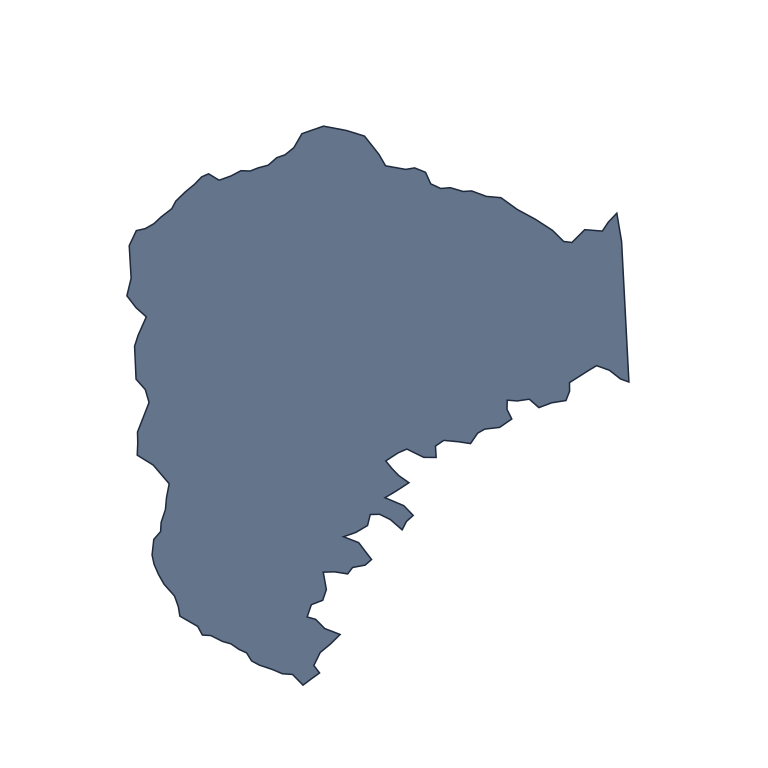 Mariópolis, Paraná, Brazil, rotated 163°
{"feature_id": "56859067B64203059437123", "entity_name": "Mariópolis", "entity_type": "district", "adm_level": 2, "iso_a3": "BRA", "parent_name": "Brazil", "parent_adm1": "Paraná", "projection": "albers", "projection_center": [-52.576, -26.325], "detail": "fine", "context": "isolated", "style": "filled", "palette": "slate", "viewbox_px": 768, "rotation_deg": 163, "n_neighbors": 0, "source": "geoboundaries", "source_scale": "gbopen_adm2", "svg_char_len": 1947}
<svg xmlns="http://www.w3.org/2000/svg" viewBox="0 0 768 768"><g transform="rotate(163 384 384)"><path d="M549.5,119.7L539.6,123.3L530.1,126.5L533.4,135.3L523.5,145.9L511.4,150.9L499.2,157.3L512.2,167.5L518.2,179.0L525.6,183.7L518.0,194.2L505.8,195.1L499.2,204.3L497.1,221.8L486.4,218.9L474.3,213.0L467.7,217.7L455.0,216.3L447.2,219.8L450.5,228.6L454.6,239.7L467.4,249.8L454.2,250.3L441.1,253.5L435.3,263.2L426.3,260.7L417.5,252.4L409.3,239.2L402.7,246.0L394.5,249.8L400.6,261.8L416.3,275.0L404.3,277.9L389.0,282.3L396.6,292.0L401.1,300.8L404.8,309.9L390.7,314.0L381.2,315.1L367.4,302.2L355.6,298.5L352.9,309.6L343.3,312.6L329.0,306.7L318.7,301.7L308.8,309.6L300.9,311.4L286.1,308.7L272.0,313.2L273.8,323.8L270.9,332.5L261.4,328.8L249.5,327.0L242.8,316.1L229.3,317.0L214.8,315.0L208.6,322.9L206.2,331.1L186.0,336.7L175.4,339.4L164.4,331.2L156.4,319.7L149.2,314.3L115.1,450.9L111.4,479.3L122.2,473.2L130.5,466.4L146.9,472.9L162.9,464.4L170.5,467.8L177.9,481.6L191.0,497.2L205.5,511.9L217.7,528.0L231.3,533.5L243.7,543.0L252.1,545.0L263.1,552.3L272.6,554.4L280.8,561.8L282.4,574.3L291.5,581.7L300.5,582.9L318.7,592.2L321.7,605.1L330.2,626.8L345.6,637.3L366.5,648.3L389.3,647.4L401.1,636.4L411.7,632.1L420.4,631.8L430.8,627.1L441.1,627.5L449.7,626.8L458.4,629.8L469.5,627.7L482.1,627.1L490.3,636.3L497.8,635.4L506.8,630.4L518.1,625.7L529.6,619.8L535.7,613.7L548.4,608.9L557.1,604.6L567.0,602.4L576.0,603.1L587.2,590.8L594.9,559.1L604.1,543.5L598.8,529.4L591.7,517.7L604.9,502.5L611.5,493.0L619.7,461.1L613.9,448.4L614.1,435.0L633.8,410.1L636.7,399.7L640.8,388.1L628.4,373.9L618.6,351.4L625.2,339.0L629.7,327.9L637.6,316.8L640.8,308.2L649.6,302.7L655.8,288.3L656.6,278.7L655.3,267.7L652.9,256.8L646.3,242.5L645.8,231.0L647.1,221.7L633.0,206.6L631.1,197.0L623.2,194.1L613.7,185.0L606.4,180.3L600.3,172.6L594.0,167.0L591.6,157.9L585.3,151.5L574.2,143.6L565.9,136.6L556.4,133.0L549.5,119.7Z" fill="#64748b" stroke="#1e293b" stroke-width="1.5"/></g></svg>